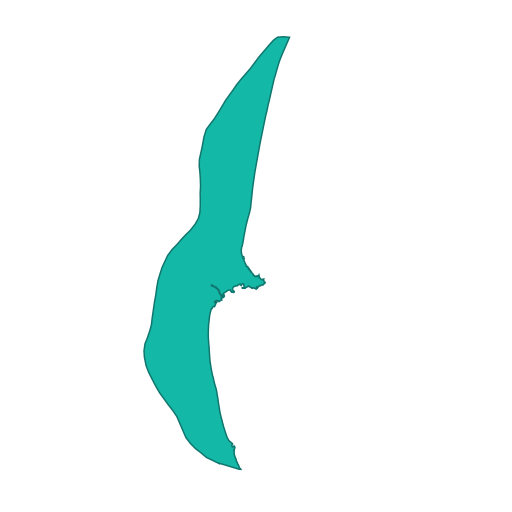 outline of Al Mukalla City, Hadramawt, Yemen, rotated 314°
{"feature_id": "15242507B50581943106199", "entity_name": "Al Mukalla City", "entity_type": "district", "adm_level": 2, "iso_a3": "YEM", "parent_name": "Yemen", "parent_adm1": "Hadramawt", "projection": "natural_earth1", "projection_center": [49.141, 14.533], "detail": "fine", "context": "isolated", "style": "filled", "palette": "teal", "viewbox_px": 512, "rotation_deg": 314, "n_neighbors": 0, "source": "geoboundaries", "source_scale": "gbopen_adm2", "svg_char_len": 5838}
<svg xmlns="http://www.w3.org/2000/svg" viewBox="0 0 512 512"><g transform="rotate(314 256 256)"><path d="M386.9,121.7L373.6,122.4L365.6,123.1L359.3,124.2L347.3,125.9L333.1,129.2L325.7,130.7L318.5,131.5L312.6,132.3L305.6,135.8L296.9,141.6L286.3,148.1L281.1,152.8L277.0,157.8L272.5,162.7L267.6,167.7L262.3,172.3L257.8,176.8L253.1,181.3L248.2,185.5L242.8,188.5L236.7,190.1L228.7,190.9L222.4,190.7L215.9,190.8L209.8,191.2L202.8,191.1L195.0,192.1L182.5,196.4L176.8,199.2L170.2,202.6L164.0,206.8L157.9,211.3L152.3,215.0L139.3,224.4L133.8,228.6L128.3,231.6L121.5,234.8L115.8,237.1L110.0,241.3L105.7,246.0L100.8,253.1L97.9,259.3L95.7,265.5L92.8,274.1L90.6,281.8L89.4,288.7L88.1,295.9L86.9,304.3L85.5,310.7L76.7,331.7L75.6,339.1L75.4,346.3L76.2,353.1L76.7,360.3L80.9,373.1L81.0,372.8L90.9,392.0L92.0,393.3L92.3,392.4L92.0,391.5L92.1,390.9L92.8,390.1L93.7,387.9L93.6,387.4L93.9,386.7L94.5,386.0L94.6,385.7L94.6,384.9L94.9,384.3L95.4,383.8L96.1,382.7L96.1,382.3L97.4,379.6L98.4,377.9L100.1,376.1L101.0,375.5L101.0,375.2L100.9,375.0L101.2,374.6L102.5,374.6L102.9,374.1L103.2,374.1L103.7,373.8L104.3,372.4L104.1,372.2L102.4,372.0L102.3,371.7L102.3,371.1L103.1,370.2L103.2,369.9L104.2,370.0L104.5,369.8L104.7,369.3L104.6,367.8L104.4,366.6L104.5,366.3L104.4,364.8L104.6,363.9L105.5,361.1L108.8,354.7L109.1,354.4L110.5,351.6L112.3,348.7L112.5,348.2L113.6,346.6L115.7,343.1L117.7,339.9L119.1,337.9L119.2,337.6L119.5,337.4L124.3,330.9L126.8,327.8L132.4,320.2L135.9,314.0L139.0,309.4L139.7,308.0L143.3,302.7L143.4,302.3L143.6,302.3L148.4,296.0L150.2,293.9L157.2,286.2L157.6,286.0L157.6,285.8L162.7,280.0L164.3,278.3L166.2,276.4L169.7,273.1L173.6,269.7L180.6,264.3L181.5,263.7L182.3,263.1L183.3,262.6L186.9,260.6L187.3,260.5L187.6,260.6L187.8,260.9L189.0,260.3L189.8,260.3L190.5,260.6L190.5,261.1L190.7,261.4L193.9,260.2L194.2,259.9L196.5,259.9L194.8,259.7L194.2,259.7L193.8,259.1L194.1,258.1L194.2,257.9L195.5,258.0L195.7,258.8L194.1,259.1L197.2,258.8L197.4,259.6L197.5,261.1L198.5,261.3L198.5,261.2L199.3,261.2L199.7,261.4L200.3,261.9L200.6,262.0L201.4,260.2L201.7,260.1L202.2,260.1L202.7,259.3L203.3,258.1L203.7,255.7L205.1,253.2L205.4,252.2L205.2,250.5L205.2,248.5L203.6,244.5L204.5,244.2L205.0,246.7L205.8,248.7L205.8,252.2L205.8,252.7L204.2,256.1L203.8,258.3L202.9,260.2L203.2,260.2L203.3,260.0L203.2,259.7L203.8,258.8L204.3,258.7L204.7,258.8L204.8,258.9L204.6,259.6L204.0,260.4L203.6,260.4L203.1,260.9L202.9,260.5L203.0,260.4L202.8,260.3L202.6,261.0L203.0,261.2L203.5,261.2L204.4,261.4L205.2,261.1L205.9,259.9L206.3,258.8L206.6,258.6L206.9,258.5L207.8,258.9L212.0,259.8L213.6,261.0L213.5,261.8L213.4,261.7L213.2,262.3L213.3,262.4L213.2,262.6L213.2,263.4L213.0,263.6L213.8,264.5L214.2,264.9L214.2,265.2L214.3,265.4L214.6,265.4L215.4,265.0L215.5,263.8L215.3,263.2L215.3,262.9L215.6,262.3L216.1,261.9L217.3,261.4L218.1,261.3L219.4,261.7L220.1,262.0L220.2,262.3L220.4,262.2L221.6,262.9L221.6,263.2L221.9,263.4L222.1,263.3L222.2,263.1L223.5,263.4L223.6,263.7L223.9,263.6L224.3,263.8L224.5,263.9L224.6,264.2L224.8,264.4L224.2,266.4L224.4,266.2L224.9,264.7L226.5,265.8L226.8,266.3L227.1,266.1L227.3,266.6L227.1,266.8L226.8,266.8L225.3,269.5L224.1,268.6L224.0,268.9L223.6,268.1L223.3,268.3L223.4,268.7L223.9,269.3L225.4,270.7L226.4,270.5L226.6,270.8L227.5,271.1L227.9,271.2L228.6,271.2L228.9,271.5L229.4,271.5L229.4,272.4L229.2,272.5L229.8,273.9L229.9,274.1L230.0,274.1L229.9,274.6L229.8,275.2L230.0,275.4L230.3,275.4L230.3,275.8L230.8,275.8L230.9,276.0L230.9,275.8L231.0,275.8L231.4,276.1L231.4,276.6L231.6,276.6L231.7,276.8L231.7,277.4L232.0,277.6L232.1,278.1L232.4,278.3L232.2,279.1L232.7,279.3L233.1,279.2L233.7,279.4L233.9,279.1L233.8,278.5L234.0,278.1L234.6,278.0L235.0,278.4L235.1,279.2L235.7,279.3L236.3,279.0L237.3,279.3L237.4,279.8L237.9,280.1L238.5,279.8L239.1,280.0L239.5,280.2L239.5,280.6L239.7,281.0L239.9,281.0L240.2,281.2L240.7,281.3L241.2,281.0L241.7,280.8L242.1,281.2L242.5,281.2L242.9,281.3L243.1,281.3L243.2,281.1L243.2,280.7L243.4,280.5L243.3,280.0L243.3,279.5L243.5,279.1L243.4,279.1L243.5,278.6L244.1,278.0L244.1,277.7L244.3,277.9L244.9,277.6L244.6,277.3L244.4,277.0L244.4,276.9L244.3,277.1L243.9,276.9L243.2,276.9L242.8,276.5L242.7,275.9L243.0,274.5L242.6,273.9L242.6,273.5L242.8,273.3L243.0,273.3L243.3,272.9L243.6,272.3L244.2,271.5L243.9,271.6L243.8,271.8L243.7,271.2L243.4,271.1L243.3,271.4L243.1,271.2L243.0,271.4L243.0,271.2L242.7,270.9L242.6,271.2L242.3,271.3L241.8,270.9L241.7,270.7L241.8,270.4L241.5,270.3L241.6,270.2L241.2,269.9L241.1,270.0L240.8,270.0L240.7,269.7L240.6,268.9L240.9,269.0L240.9,268.8L240.5,268.4L240.3,267.5L240.5,267.4L240.8,267.3L240.9,267.0L241.0,265.2L241.1,264.6L241.0,264.3L241.3,264.0L241.1,263.6L241.1,263.3L241.3,263.0L241.4,262.9L241.5,262.5L241.4,262.5L241.3,262.8L241.1,262.8L241.2,262.5L241.3,262.4L241.2,262.0L241.3,261.9L241.6,262.2L241.5,262.4L241.6,262.5L241.8,261.6L241.7,261.0L241.9,260.5L241.9,260.4L241.8,260.7L241.6,260.4L241.2,260.2L241.2,259.9L241.7,259.9L241.8,260.2L241.9,259.9L242.2,259.7L242.1,258.6L242.4,257.8L242.1,257.9L242.0,257.4L242.4,257.6L242.5,257.5L242.1,256.9L242.1,256.2L243.1,253.9L243.0,253.6L243.6,252.4L243.9,251.8L244.9,249.5L245.0,249.5L244.9,249.4L245.2,248.8L245.5,248.6L246.1,249.0L246.3,249.0L246.7,248.6L246.4,248.8L246.1,248.9L245.3,248.4L245.7,247.3L246.0,247.0L246.8,247.4L246.9,247.7L246.8,248.0L247.0,247.8L246.9,247.4L246.4,247.0L246.3,246.4L246.6,245.8L246.8,245.4L247.3,244.6L247.8,243.7L248.1,243.6L248.6,242.7L250.0,241.3L252.4,239.5L253.0,239.4L256.1,237.6L262.0,233.5L271.1,227.6L277.2,224.1L282.2,221.5L286.9,218.6L303.3,205.8L315.6,196.9L339.6,180.8L357.2,169.6L364.5,165.0L367.9,163.1L373.8,159.3L376.4,157.9L396.2,145.9L399.3,144.4L402.0,142.9L409.2,139.1L412.7,137.4L418.7,134.9L436.6,128.2L433.0,123.7L429.4,120.4L428.3,119.5L423.5,118.7L419.2,118.8L401.9,119.8L386.9,121.7Z" fill="#14b8a6" stroke="#0f766e" stroke-width="1.5"/></g></svg>